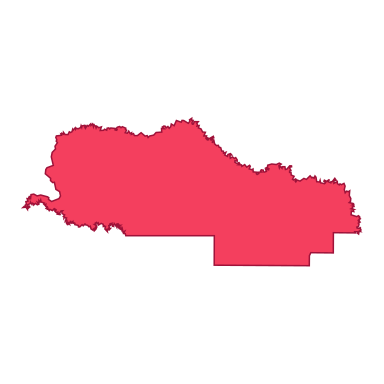 Moira, Victoria, Australia
{"feature_id": "25037944B99849949120083", "entity_name": "Moira", "entity_type": "district", "adm_level": 2, "iso_a3": "AUS", "parent_name": "Australia", "parent_adm1": "Victoria", "projection": "albers", "projection_center": [145.363, -36.051], "detail": "fine", "context": "isolated", "style": "filled", "palette": "rose", "viewbox_px": 384, "rotation_deg": 0, "n_neighbors": 0, "source": "geoboundaries", "source_scale": "gbopen_adm2", "svg_char_len": 5929}
<svg xmlns="http://www.w3.org/2000/svg" viewBox="0 0 384 384"><path d="M149.6,136.0L148.1,137.5L147.2,135.6L145.1,136.1L141.1,132.7L137.4,135.6L134.4,135.6L133.5,133.6L131.4,134.4L131.6,132.7L130.1,133.5L128.7,131.1L127.3,133.2L125.2,132.7L126.6,130.2L125.5,129.4L125.8,128.2L122.3,126.7L121.0,127.7L119.7,126.5L117.3,127.2L116.1,128.6L117.1,129.4L116.7,130.3L115.1,130.0L114.9,128.4L110.7,128.0L109.7,128.9L108.8,127.9L107.1,128.2L106.7,130.2L104.5,129.2L103.6,130.3L100.2,130.5L101.4,126.9L98.8,127.7L96.8,126.2L96.1,127.9L95.5,125.9L94.2,125.7L94.0,123.9L93.4,126.6L92.6,123.9L91.0,125.5L90.7,123.9L88.3,126.2L87.2,125.4L85.4,128.4L84.7,127.0L85.7,126.0L84.9,125.3L81.9,125.9L81.7,127.2L81.1,125.7L80.6,127.6L78.0,128.8L76.3,128.2L75.6,129.3L75.2,127.8L73.2,130.1L72.7,129.2L72.0,131.7L70.5,132.5L69.3,131.8L68.0,134.6L65.1,134.5L63.5,132.4L63.4,134.1L61.8,133.3L61.8,134.4L60.9,134.0L61.3,135.3L56.4,135.9L55.8,137.4L56.8,139.9L56.2,141.1L57.4,142.7L55.0,146.2L55.5,149.0L52.2,152.4L51.3,156.8L53.3,165.4L47.0,167.7L45.8,169.5L45.3,173.8L50.6,178.3L50.5,180.6L52.7,182.6L54.4,182.3L55.9,189.4L59.6,191.6L60.5,196.0L59.0,198.6L51.6,201.5L48.5,199.4L48.8,197.7L47.5,196.8L40.7,195.0L37.1,195.9L33.8,194.1L31.0,194.6L30.6,198.3L29.6,197.5L30.3,196.7L29.3,196.5L28.7,197.6L29.4,198.8L27.1,198.6L28.0,201.1L25.9,201.6L26.4,204.4L25.4,205.0L26.1,206.6L24.4,206.2L23.0,207.5L25.9,207.2L27.5,209.4L27.6,207.4L28.5,208.7L28.4,207.8L29.8,207.0L29.3,206.1L27.7,206.5L27.8,204.7L30.3,203.6L30.5,202.1L32.0,204.5L32.6,203.2L33.7,203.8L33.8,204.9L35.5,203.4L37.3,204.8L38.6,204.3L37.6,202.4L38.9,203.2L38.9,200.5L40.0,201.8L40.7,200.0L41.1,202.0L44.3,203.1L43.7,204.0L44.6,205.0L45.8,204.3L45.6,206.2L47.1,206.7L46.2,208.2L47.6,208.0L47.3,209.3L48.4,209.2L49.2,210.6L50.0,209.4L52.4,210.6L54.2,208.6L55.8,209.6L54.8,210.2L55.7,210.5L55.0,211.3L56.3,212.5L57.7,212.2L57.1,214.1L59.3,214.5L58.8,213.5L60.0,214.0L59.7,213.0L61.1,210.9L62.6,210.8L61.8,211.7L62.1,213.6L64.6,214.9L63.4,216.5L64.1,216.7L64.0,218.1L64.6,217.3L66.5,218.0L66.0,218.6L66.7,220.1L65.5,220.1L65.3,221.3L66.3,220.5L67.2,221.9L66.3,222.8L67.4,224.6L68.0,224.5L67.8,222.7L69.3,224.0L68.8,222.5L70.2,222.5L70.5,220.7L70.9,222.9L72.5,221.7L72.2,222.9L73.2,222.5L73.1,223.8L73.7,222.7L74.9,223.3L74.8,224.6L78.2,225.4L78.6,227.5L78.8,226.4L79.8,226.9L82.1,224.7L83.2,225.8L85.4,223.5L85.0,224.7L87.6,225.3L89.0,226.8L90.3,226.2L91.0,228.9L92.7,230.0L93.4,229.1L94.2,230.9L95.4,229.7L94.2,229.0L95.3,228.5L94.8,227.3L96.1,228.6L96.7,227.4L96.0,226.6L96.8,226.0L94.7,224.6L95.7,224.6L95.2,223.2L96.6,222.4L97.2,223.8L98.2,222.9L98.6,224.9L101.2,223.4L103.2,224.3L103.3,226.3L105.0,225.7L104.1,226.5L105.5,226.5L104.9,229.0L107.3,231.5L106.9,229.5L109.1,230.0L110.5,228.4L108.5,228.4L109.3,227.4L108.8,225.6L111.1,225.5L109.6,225.1L110.1,223.7L111.6,223.4L110.3,224.7L112.3,224.5L112.5,226.2L113.4,226.4L113.0,225.5L114.3,223.7L115.3,225.7L116.4,224.2L118.0,223.7L118.6,224.4L116.5,224.9L116.9,227.2L118.3,225.5L118.4,227.3L119.4,225.5L120.4,225.4L119.1,226.4L119.7,228.7L120.3,229.2L121.0,227.5L121.8,230.0L122.3,228.7L123.0,232.2L124.7,231.2L123.7,233.5L125.3,233.7L125.8,235.7L214.3,235.7L214.2,265.2L309.3,265.7L309.4,255.7L310.8,252.7L333.3,252.9L333.4,232.7L355.5,232.9L354.8,231.7L358.0,231.8L357.7,233.3L358.6,234.0L359.1,231.3L360.5,231.5L359.8,230.8L361.0,230.0L360.1,228.0L360.7,227.2L359.2,228.4L357.1,228.1L356.8,227.1L358.5,226.4L359.0,224.3L358.3,223.2L359.4,222.6L358.6,221.1L359.7,221.5L358.8,219.8L360.3,218.8L359.2,217.8L359.8,217.1L358.5,215.7L356.7,216.6L351.1,214.8L351.4,211.1L353.8,211.6L353.2,209.8L354.0,209.5L351.2,208.8L352.6,208.1L352.3,207.0L353.1,206.7L352.4,206.3L354.0,206.4L353.6,204.9L352.5,204.8L353.7,204.1L353.2,203.5L349.2,202.6L350.5,201.4L350.8,198.5L349.3,195.7L349.7,190.8L348.3,191.7L346.7,191.1L345.2,192.8L344.3,189.6L345.1,186.1L344.0,183.4L341.4,184.7L340.0,183.9L339.2,184.9L337.4,183.6L337.3,181.6L333.9,183.3L334.0,180.6L336.1,180.2L334.8,178.3L332.2,181.7L331.0,181.7L330.8,182.8L328.2,181.7L329.4,179.5L326.6,181.3L324.4,180.2L323.9,181.3L325.6,182.6L324.5,183.7L320.6,182.8L320.1,180.3L319.5,182.0L316.7,181.7L316.0,177.2L315.0,176.0L314.1,178.3L312.9,177.3L311.9,177.9L310.1,175.8L306.4,179.4L303.9,178.4L300.0,181.1L297.1,180.0L295.8,181.9L295.2,181.1L296.2,179.7L295.7,178.9L293.5,180.0L292.5,179.3L294.1,176.3L291.2,175.0L291.0,172.3L289.6,172.4L289.6,171.0L290.9,170.3L289.2,167.4L291.6,166.8L291.5,165.9L289.7,165.8L286.9,169.1L285.4,169.5L284.9,166.7L282.2,166.7L282.0,168.2L280.1,166.3L279.4,167.9L278.9,165.8L281.2,164.1L279.3,163.1L276.3,164.5L271.7,164.0L267.7,165.2L267.6,167.0L266.2,167.8L268.9,168.7L268.6,169.8L265.6,169.2L266.4,171.4L264.3,172.1L263.4,171.8L263.3,170.2L261.3,169.8L260.6,170.9L261.5,172.0L257.5,172.3L258.7,173.6L257.1,174.5L256.3,173.7L256.7,172.2L253.2,171.9L253.0,169.0L251.9,169.7L249.2,168.9L250.3,166.3L249.6,165.3L246.7,167.1L244.7,164.6L241.9,166.4L241.5,164.9L238.2,164.7L239.7,163.6L239.0,162.6L236.8,163.4L234.9,162.3L235.0,160.7L237.2,161.1L237.2,159.9L235.7,157.6L234.3,158.4L232.5,156.9L230.3,158.2L229.9,155.0L231.7,155.0L230.5,153.6L227.9,154.5L227.5,156.4L224.7,155.0L225.9,152.3L223.5,153.2L223.4,151.2L221.7,151.0L220.7,147.6L219.2,147.3L218.3,145.3L216.5,145.6L214.6,143.8L214.1,141.5L211.9,142.6L213.8,140.1L212.5,139.4L211.1,140.1L210.6,139.2L213.8,137.8L213.3,136.3L209.3,138.6L207.4,137.8L208.3,139.8L207.3,139.9L205.9,138.4L206.6,135.9L203.9,135.9L205.4,132.3L202.6,132.0L201.0,128.9L198.4,127.9L199.1,125.6L197.0,126.1L197.5,124.5L196.8,123.3L198.2,121.7L194.3,121.6L193.3,124.1L192.4,124.2L191.9,122.9L193.1,120.4L191.6,120.2L191.7,118.3L189.5,119.8L189.9,121.2L188.3,123.3L183.7,120.5L182.0,120.4L181.2,122.2L176.4,120.5L174.1,125.7L171.3,124.0L170.7,126.7L169.2,128.3L167.9,126.5L166.1,127.9L165.3,126.3L163.9,126.0L162.4,127.0L164.1,128.7L161.5,128.5L161.7,132.1L156.1,132.5L153.7,135.1L149.6,136.0Z" fill="#f43f5e" stroke="#9f1239" stroke-width="1.5"/></svg>